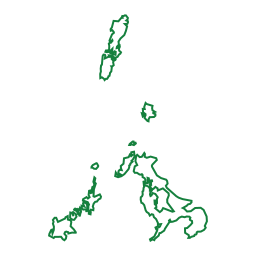 outline of Nagasaki
{"feature_id": "JPN-3500", "entity_name": "Nagasaki", "entity_type": "Prefecture", "adm_level": 1, "iso_a3": "JPN", "parent_name": "Japan", "parent_adm1": "", "projection": "albers", "projection_center": [129.432, 33.635], "detail": "fine", "context": "isolated", "style": "outline", "palette": "green", "viewbox_px": 256, "rotation_deg": 0, "n_neighbors": 0, "source": "natural_earth", "source_scale": "10m", "svg_char_len": 5893}
<svg xmlns="http://www.w3.org/2000/svg" viewBox="0 0 256 256"><path d="M191.5,200.8L191.5,202.3L190.2,203.8L188.0,204.4L186.7,205.8L182.8,208.0L184.3,208.7L187.1,211.5L190.8,211.2L195.1,208.0L200.7,207.8L203.6,209.9L206.6,216.5L206.9,221.3L204.8,226.0L205.7,227.7L204.0,229.9L200.8,231.6L197.5,231.7L196.7,232.4L196.7,233.6L196.2,234.4L194.7,234.7L194.2,236.0L191.3,236.8L189.8,237.9L188.4,237.9L189.0,236.7L188.7,235.1L185.1,232.8L185.0,228.3L187.2,228.0L190.5,225.0L192.2,223.0L192.0,221.0L190.1,220.0L189.8,219.2L190.4,217.7L189.4,216.7L186.7,216.5L184.7,217.2L181.8,216.6L179.2,217.7L176.4,220.4L172.7,221.7L170.9,221.9L169.9,219.8L169.0,220.6L169.5,221.9L165.0,228.7L164.2,230.6L160.7,233.0L159.5,233.1L158.7,235.6L154.6,239.1L154.3,240.1L152.6,239.4L150.5,240.6L150.0,239.3L154.3,236.5L157.1,230.7L157.4,229.1L157.0,228.5L156.1,229.0L155.5,227.5L158.1,226.2L158.9,227.3L159.9,226.6L161.0,224.1L157.9,224.4L157.9,222.9L156.1,219.1L153.9,217.1L153.2,214.7L151.7,214.2L149.8,215.6L148.7,213.3L146.7,212.0L145.7,210.4L144.2,205.1L142.6,203.2L141.4,202.8L140.7,199.7L140.8,197.3L142.1,196.2L142.7,194.6L142.5,191.5L143.3,190.9L143.6,187.8L145.2,185.1L148.6,186.7L149.9,188.7L149.9,190.1L151.2,189.0L152.1,190.0L150.2,193.0L150.0,194.6L150.5,196.0L151.4,195.5L152.7,193.1L155.4,194.0L157.7,197.2L156.9,199.1L157.0,203.2L156.3,204.0L155.3,200.5L154.5,200.5L154.8,204.3L156.1,205.3L156.4,207.1L155.2,208.2L159.8,212.1L161.8,210.5L163.1,208.1L172.4,211.7L173.8,211.3L167.3,202.5L167.2,199.5L168.8,195.5L168.6,193.3L162.9,188.4L157.8,190.5L157.6,188.4L155.4,186.9L153.4,188.9L152.2,189.0L150.9,188.1L149.7,184.3L151.1,184.7L150.9,181.8L152.1,181.3L152.0,180.4L151.0,180.3L149.3,182.1L148.8,178.3L147.6,177.9L147.9,180.1L147.2,183.2L145.1,182.9L143.8,184.4L143.5,181.7L145.3,181.2L145.6,180.0L144.5,178.1L142.6,177.1L142.6,175.0L141.9,174.2L141.3,174.7L139.5,174.5L137.0,172.8L134.8,172.8L133.7,171.2L134.8,166.3L137.2,165.1L135.4,161.2L136.2,155.9L137.2,154.8L139.7,157.1L141.8,156.8L144.3,153.0L144.9,153.9L144.7,156.8L146.8,157.8L150.6,156.6L156.2,158.2L156.8,160.0L152.4,164.6L151.9,165.6L152.0,166.7L156.9,175.4L161.1,178.1L166.2,179.7L167.1,181.0L167.6,183.6L165.9,185.8L166.7,187.7L176.3,196.2L178.7,197.7L182.6,199.1L191.5,200.8ZM124.9,24.0L127.1,26.3L125.9,30.9L124.3,35.0L120.5,38.5L118.5,41.6L118.9,44.6L117.0,46.6L116.7,48.1L118.1,47.7L119.7,46.0L119.8,46.8L118.9,48.9L119.2,50.7L121.0,52.3L120.3,53.7L119.1,54.4L117.5,56.9L115.4,57.7L113.7,57.2L112.0,55.1L113.4,54.1L115.5,54.8L115.7,51.8L114.6,51.3L113.0,53.2L112.0,53.2L112.4,48.8L110.5,50.8L111.0,52.5L110.4,53.1L109.1,51.8L107.0,52.2L105.4,51.8L105.9,50.5L108.0,50.4L109.1,49.7L109.3,45.8L108.8,43.7L109.6,42.8L110.8,42.8L112.5,40.8L112.3,40.1L111.0,41.5L109.9,41.8L109.5,40.6L112.0,34.4L113.9,32.8L113.8,32.1L112.3,30.2L110.8,30.7L110.6,29.2L111.9,27.4L113.6,20.9L118.4,21.3L121.1,18.1L122.5,17.8L121.9,17.0L122.3,16.0L123.6,16.1L124.7,15.4L125.9,15.4L127.9,18.0L127.5,19.4L126.3,20.5L127.9,21.2L128.0,22.3L127.3,23.9L124.9,24.0ZM73.8,229.4L75.8,232.3L75.7,232.7L72.0,232.6L68.4,233.5L68.2,232.2L66.2,231.6L65.0,232.2L64.4,233.8L66.4,236.1L65.9,238.6L64.4,240.2L62.8,239.2L61.1,236.8L54.6,236.9L53.7,238.0L49.1,235.6L49.4,233.8L51.2,230.0L51.9,229.7L52.5,233.4L53.8,229.9L53.9,226.6L52.9,223.6L53.6,221.8L52.9,220.0L54.6,217.8L56.2,217.8L58.0,221.9L65.1,218.5L65.5,217.3L67.7,216.1L67.9,219.6L70.7,220.4L71.3,222.1L70.6,226.2L73.8,229.4ZM112.6,59.9L113.0,58.3L115.3,58.5L115.7,59.1L115.3,60.0L113.8,60.7L113.1,62.1L113.7,65.2L112.4,66.3L111.3,66.3L111.8,67.3L111.3,71.4L110.1,72.8L109.5,75.8L108.4,76.3L108.2,77.3L107.0,78.9L105.9,78.8L104.6,80.0L104.2,79.0L101.9,77.3L100.3,78.1L100.2,73.9L100.9,71.5L100.7,68.7L101.1,65.4L101.9,64.7L102.7,56.0L103.5,54.6L105.0,54.8L105.3,55.5L104.9,58.4L108.2,56.9L109.4,56.9L108.8,55.3L109.8,55.3L111.8,56.9L111.7,59.0L112.6,59.9ZM93.5,196.3L94.5,196.8L99.8,194.4L101.0,196.7L100.4,198.5L98.6,199.4L96.9,201.6L95.2,201.8L93.7,203.6L92.8,206.5L93.5,208.2L93.3,210.2L90.8,209.7L90.2,211.0L90.8,212.0L90.5,214.3L88.8,213.8L88.9,211.8L88.3,209.5L88.4,206.0L89.0,204.5L87.7,202.1L82.9,200.5L83.1,199.2L86.6,197.1L87.9,198.5L89.6,197.2L88.6,195.0L89.1,190.8L90.6,190.4L90.8,193.0L92.2,192.6L92.0,189.0L92.4,187.0L93.8,186.3L94.3,184.3L93.4,181.8L94.4,177.4L95.3,178.3L94.5,182.1L95.8,183.5L93.9,189.3L93.5,196.3ZM134.0,151.7L134.6,156.4L132.8,159.6L131.5,160.9L132.5,161.7L130.3,163.6L130.3,164.7L129.2,165.5L129.3,167.1L128.5,169.2L124.4,174.1L121.4,176.2L118.1,177.2L115.2,176.1L115.8,172.5L116.8,174.1L118.9,175.7L120.3,175.5L120.8,174.6L118.9,173.5L118.3,172.4L118.7,170.9L119.7,169.8L121.7,170.1L121.0,168.3L120.8,166.0L123.5,163.7L124.0,158.3L128.6,157.2L129.8,154.7L131.1,156.2L132.5,155.0L131.1,153.8L131.3,152.3L134.0,151.7ZM153.3,113.3L155.4,114.2L155.4,115.7L154.0,117.0L149.7,117.2L148.6,119.3L148.5,121.3L147.5,121.0L144.6,118.0L145.0,116.4L144.0,115.8L142.8,116.6L141.9,113.4L145.5,114.8L145.5,114.1L143.1,112.3L142.8,108.9L144.7,109.0L144.2,107.1L145.6,103.0L146.6,104.0L152.5,105.8L152.1,108.1L152.5,110.3L155.1,111.9L153.3,112.7L153.3,113.3ZM75.8,214.2L76.5,216.7L74.2,219.8L72.8,219.8L70.5,218.4L70.1,217.4L70.3,212.5L72.0,212.9L73.5,216.2L72.6,212.4L73.0,212.1L75.8,214.2ZM87.2,205.6L87.2,210.3L86.9,211.1L86.3,211.1L86.3,210.2L85.3,209.3L83.2,209.6L81.9,208.3L81.6,205.7L84.4,206.6L83.0,203.8L83.4,202.5L85.6,203.0L86.6,203.8L87.2,205.6ZM96.9,163.4L98.2,165.8L98.1,166.6L96.1,168.9L94.0,168.7L92.5,167.6L91.5,167.6L91.6,166.6L92.8,165.1L96.3,163.2L96.9,163.4ZM80.6,208.3L81.0,211.7L80.7,212.9L79.8,213.6L80.2,214.7L79.8,215.7L79.4,215.6L79.2,214.7L77.7,213.9L78.0,213.0L77.6,212.4L75.5,210.1L74.4,210.2L74.1,209.5L75.1,208.6L76.7,209.1L78.5,210.8L78.4,209.3L79.2,209.7L80.0,207.6L80.6,208.3ZM134.0,142.9L135.5,142.7L135.8,143.5L133.9,145.1L131.4,144.3L130.5,145.0L129.3,145.0L129.7,144.0L132.7,141.5L133.6,141.5L134.0,142.9Z" fill="none" stroke="#15803d" stroke-width="2"/></svg>